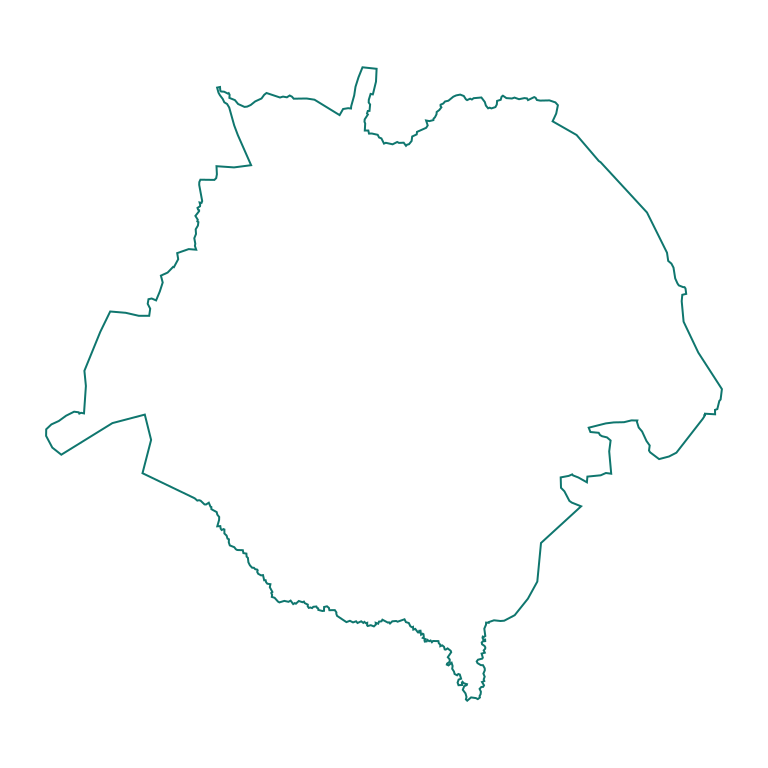 outline of Na Dun, Maha Sarakham, Thailand
{"feature_id": "78962969B11651744755844", "entity_name": "Na Dun", "entity_type": "district", "adm_level": 2, "iso_a3": "THA", "parent_name": "Thailand", "parent_adm1": "Maha Sarakham", "projection": "natural_earth1", "projection_center": [103.237, 15.719], "detail": "fine", "context": "isolated", "style": "outline", "palette": "teal", "viewbox_px": 768, "rotation_deg": 0, "n_neighbors": 0, "source": "geoboundaries", "source_scale": "gbopen_adm2", "svg_char_len": 6059}
<svg xmlns="http://www.w3.org/2000/svg" viewBox="0 0 768 768"><path d="M46.1,435.9L52.3,447.6L61.3,454.7L112.4,423.1L144.8,414.6L151.1,439.9L142.5,473.2L194.7,498.3L197.3,500.6L199.0,500.2L200.6,500.7L204.5,504.4L206.0,504.5L208.8,502.7L210.5,506.7L211.3,507.0L211.4,509.2L216.7,512.1L217.3,514.6L219.2,517.0L219.1,519.9L217.3,526.3L220.3,526.1L220.7,528.7L221.7,530.0L223.5,529.1L224.4,529.5L224.4,533.5L226.6,535.6L227.5,538.6L228.9,539.3L228.8,542.4L229.8,545.4L234.3,547.2L235.8,549.2L237.2,550.0L242.8,550.2L243.4,553.1L246.4,553.6L246.6,556.6L247.9,557.9L248.4,562.3L249.9,565.3L252.1,567.7L253.9,567.8L255.2,569.2L257.2,569.6L257.7,570.3L257.2,571.9L258.2,573.8L261.1,575.4L263.0,575.1L264.2,580.3L265.6,580.2L266.1,582.2L267.3,583.7L270.4,584.2L269.8,587.2L272.4,592.0L271.3,593.0L272.1,594.8L271.8,596.9L274.6,597.8L278.0,601.6L279.4,602.4L284.3,600.9L288.5,601.8L290.6,600.6L293.2,604.1L294.8,603.1L295.9,603.7L298.8,601.0L302.5,602.2L303.9,601.6L304.7,603.1L307.8,604.6L307.7,606.3L308.8,607.9L310.3,607.5L312.1,608.1L313.3,606.8L316.4,606.5L317.0,607.8L318.2,608.4L318.3,609.9L322.4,611.0L324.0,610.8L324.1,607.0L327.0,606.3L328.9,607.9L329.4,610.2L334.8,610.1L336.4,612.4L336.3,613.8L337.1,615.9L346.4,622.1L349.9,620.8L353.0,622.4L356.1,621.3L357.5,623.0L361.2,621.3L363.3,622.9L364.4,621.9L365.9,623.2L367.2,622.8L367.1,625.3L367.7,626.0L370.8,625.2L373.9,626.4L375.9,624.5L375.7,622.8L378.2,623.7L379.0,621.6L381.5,621.3L382.4,619.7L387.9,622.6L389.0,622.3L390.0,623.5L392.3,621.3L396.2,621.0L397.6,621.7L404.5,619.3L405.9,622.1L408.8,623.0L410.4,626.3L412.2,627.3L413.0,626.9L413.3,629.6L415.3,628.9L417.9,632.4L419.3,632.5L419.3,630.8L420.5,630.7L421.1,634.7L422.7,633.7L423.5,634.2L423.8,636.9L422.8,637.9L425.4,639.1L424.5,640.3L424.8,641.6L426.7,641.4L427.4,639.9L429.2,641.2L430.6,640.5L431.9,642.2L433.0,641.0L438.4,641.1L438.8,643.2L440.3,644.7L440.3,646.2L442.3,645.4L444.0,646.8L444.7,649.4L445.7,649.6L447.6,648.4L450.7,650.8L451.2,652.2L447.8,657.2L449.7,659.4L449.7,661.7L447.1,663.6L446.8,664.6L448.5,665.4L451.6,662.8L452.6,666.0L452.2,668.8L454.0,671.6L454.6,674.0L457.1,675.3L458.3,674.0L459.8,674.5L461.1,678.7L458.6,679.6L457.6,682.6L458.5,685.2L462.1,685.0L461.9,682.6L462.5,681.8L463.9,683.3L467.0,684.2L466.7,685.1L464.2,686.2L462.8,689.8L465.5,693.4L466.5,697.0L465.9,699.4L467.2,700.7L471.1,697.4L475.9,698.1L477.8,699.1L479.9,697.5L479.6,696.0L480.6,694.2L480.9,691.7L479.6,688.9L481.3,687.0L483.2,686.8L484.0,685.3L482.0,682.0L484.3,681.0L483.7,679.3L484.7,676.7L483.4,673.6L484.8,670.3L484.7,668.3L483.0,665.2L480.8,665.1L477.5,663.1L476.7,661.4L478.0,659.7L482.3,658.6L482.8,657.6L481.6,653.6L484.8,652.7L483.7,650.4L485.2,648.7L485.3,647.3L484.5,645.9L482.1,644.3L481.7,642.6L482.7,641.4L485.2,641.1L485.1,639.5L483.3,639.5L482.5,637.8L482.8,636.6L483.8,637.0L485.3,636.0L484.3,628.7L486.0,624.7L486.1,622.6L488.7,622.8L488.7,622.1L494.0,620.3L500.5,621.0L504.2,620.7L514.7,615.2L527.9,598.7L537.3,581.6L541.0,543.0L581.1,506.3L571.8,502.6L569.4,500.9L564.4,491.3L561.0,487.8L560.7,477.4L568.7,475.9L572.2,474.4L573.0,475.4L578.4,477.5L586.9,482.3L587.4,476.6L600.7,475.3L605.9,473.0L611.2,473.7L609.2,451.4L610.6,440.5L607.0,437.4L602.0,436.2L600.0,435.0L598.7,432.8L590.4,432.0L588.7,427.7L605.8,423.4L613.9,422.4L624.0,422.2L631.4,420.4L637.3,420.5L636.9,421.8L638.7,427.5L642.1,431.5L646.5,441.0L649.7,445.5L649.0,450.5L650.1,452.3L659.1,459.1L669.0,456.5L676.4,452.7L702.7,418.9L704.2,416.6L704.3,415.2L705.0,415.2L705.0,413.7L715.1,414.3L715.0,409.9L717.3,409.1L719.3,401.0L720.6,399.5L721.9,389.1L698.3,352.6L683.6,321.7L681.7,301.2L682.3,294.8L686.2,293.9L685.5,288.5L684.5,287.1L683.1,287.1L678.8,285.4L677.5,283.5L675.2,278.4L673.5,267.6L671.4,263.6L668.2,260.9L667.0,252.7L647.0,212.5L600.6,162.2L598.8,161.0L576.6,135.0L552.6,121.3L556.2,113.6L557.9,105.2L555.4,102.4L549.5,100.4L540.1,100.6L536.9,100.0L535.6,97.8L534.2,97.1L528.0,100.1L527.0,98.4L524.4,98.1L519.0,99.2L514.5,97.6L511.9,98.5L506.4,98.1L502.9,95.7L501.6,96.7L500.7,99.8L497.1,100.9L496.8,104.5L495.4,107.1L491.4,108.4L489.7,107.7L488.1,108.3L485.9,105.6L484.8,102.0L481.4,97.5L473.6,98.2L471.9,99.5L470.1,98.7L467.1,100.1L465.9,99.3L463.8,96.0L460.2,94.6L456.2,95.4L453.3,96.7L448.4,100.7L445.0,101.5L443.3,103.5L440.6,104.7L440.5,105.9L441.4,107.3L439.3,110.0L436.7,112.0L436.5,114.3L434.9,117.4L433.6,118.6L433.4,120.1L429.4,121.1L426.1,120.5L427.7,125.4L426.2,127.8L417.0,131.9L416.7,134.4L412.2,136.5L411.6,141.0L409.0,144.2L407.0,144.7L406.0,145.8L403.7,142.7L399.0,142.9L397.2,142.0L392.6,144.3L385.8,142.8L384.0,143.6L381.4,138.4L379.1,137.5L377.7,134.8L371.8,133.5L369.0,133.6L368.3,130.5L364.8,130.5L365.2,123.5L364.5,121.8L364.7,119.4L367.9,114.5L367.0,113.5L367.8,111.0L369.5,110.9L370.1,104.5L368.7,102.5L368.8,99.8L370.6,93.9L372.8,94.4L373.2,93.1L376.0,81.6L376.6,68.8L362.5,67.3L358.5,77.3L355.5,86.8L354.2,95.4L351.2,106.2L351.0,108.5L348.1,108.2L343.1,109.0L339.6,115.1L314.5,99.7L306.6,98.5L293.7,98.7L292.0,96.7L289.7,95.5L286.9,97.3L283.0,96.6L280.0,97.5L266.5,93.0L264.2,94.8L261.5,98.5L255.2,101.4L250.7,105.0L247.2,106.6L244.5,106.9L238.1,104.0L234.9,100.1L229.4,97.9L229.6,94.8L228.7,93.1L227.9,93.6L224.1,91.7L221.1,91.5L220.3,90.6L220.0,87.0L217.1,87.6L218.5,92.7L219.9,95.2L222.7,98.9L224.3,102.3L227.1,104.0L229.2,107.5L234.2,125.4L237.8,135.0L251.1,165.2L234.0,167.4L216.5,166.2L216.9,174.3L216.2,178.1L214.4,179.9L200.4,179.7L199.3,182.1L199.2,184.9L202.2,201.1L201.5,202.9L199.6,202.5L200.2,204.7L200.0,206.3L197.5,207.9L198.1,209.7L199.1,210.2L199.1,211.2L195.4,215.9L197.8,219.8L197.3,221.4L198.4,222.1L197.9,225.6L195.7,229.3L196.0,234.0L194.3,238.2L195.3,243.8L194.9,245.9L196.2,249.7L188.7,249.1L177.2,253.1L178.2,259.2L173.9,267.2L173.1,266.9L167.6,272.6L160.9,275.6L162.7,282.5L159.8,291.5L156.1,300.4L151.7,298.5L148.5,299.2L147.7,303.8L150.2,308.7L149.2,315.8L138.8,315.8L125.7,312.8L110.2,311.5L100.3,331.8L84.4,370.8L85.9,386.0L84.0,413.4L81.1,412.8L79.3,413.6L78.7,412.3L74.1,411.7L66.1,415.7L58.8,421.0L51.4,424.4L46.2,429.3L46.1,435.9Z" fill="none" stroke="#0f766e" stroke-width="2"/></svg>